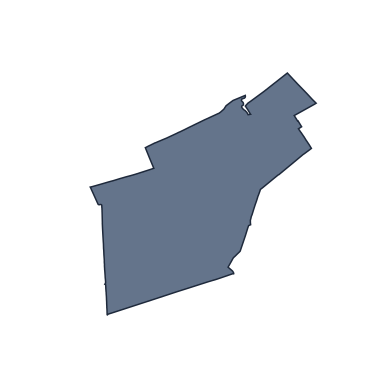 the district of Armasesti, Ialomita, Romania, rotated 200°
{"feature_id": "2599482B46256355361374", "entity_name": "Armasesti", "entity_type": "district", "adm_level": 2, "iso_a3": "ROU", "parent_name": "Romania", "parent_adm1": "Ialomita", "projection": "orthographic", "projection_center": [26.604, 44.779], "detail": "fine", "context": "isolated", "style": "filled", "palette": "slate", "viewbox_px": 384, "rotation_deg": 200, "n_neighbors": 0, "source": "geoboundaries", "source_scale": "gbopen_adm2", "svg_char_len": 3727}
<svg xmlns="http://www.w3.org/2000/svg" viewBox="0 0 384 384"><g transform="rotate(200 192 192)"><path d="M251.0,217.7L250.8,217.5L250.4,217.0L243.1,208.9L242.9,208.7L236.0,201.2L236.3,201.0L238.0,199.6L241.2,197.1L251.4,189.2L255.1,186.5L259.0,183.8L262.4,181.3L264.1,180.1L268.3,176.9L269.9,175.7L270.3,175.4L271.5,174.6L274.3,172.6L276.6,170.9L280.7,167.9L286.8,163.5L287.5,163.0L289.3,161.8L288.7,161.3L286.8,159.3L285.5,158.0L276.1,148.4L275.8,148.2L275.6,148.2L275.4,148.2L275.1,148.2L274.8,148.3L274.6,148.4L274.4,148.5L274.0,148.8L273.6,149.0L273.2,149.1L272.9,149.1L272.6,149.0L272.4,148.8L272.3,148.6L272.1,148.4L272.0,148.1L271.7,147.3L271.4,146.6L271.1,146.1L270.8,145.3L270.6,144.8L270.2,143.9L270.0,143.3L269.5,142.1L266.8,135.2L265.7,132.4L265.6,132.0L263.7,127.4L259.9,118.5L258.3,114.8L257.5,113.0L255.8,108.7L254.9,106.8L253.3,102.9L252.5,101.1L252.1,100.2L251.6,99.1L251.3,98.4L251.1,98.0L250.8,97.1L250.4,96.0L250.0,95.1L249.6,94.3L249.4,93.8L249.0,92.6L248.3,91.0L247.9,90.1L247.6,89.3L247.2,88.5L246.5,87.0L245.8,85.4L245.0,83.6L244.2,81.7L243.6,80.5L242.5,78.1L242.2,77.4L242.2,77.1L242.3,75.7L241.8,76.0L240.9,74.1L240.4,72.9L239.9,71.7L239.0,69.7L238.7,69.0L238.3,68.3L238.1,67.7L237.5,66.3L236.6,64.3L235.9,62.6L235.4,61.3L235.1,60.7L234.4,59.0L234.0,57.9L233.6,57.0L233.2,56.0L232.9,55.4L232.7,54.7L232.1,53.4L231.8,52.7L231.5,52.0L231.1,51.0L230.9,50.5L230.6,49.7L230.3,49.1L230.2,48.7L230.0,48.2L229.8,47.7L229.7,47.6L229.4,47.6L229.2,48.2L229.0,48.5L228.7,48.8L227.4,49.8L226.2,50.7L191.4,77.9L171.7,93.4L163.5,99.7L146.2,113.1L138.4,118.9L125.9,129.0L125.0,129.4L124.9,129.4L124.9,129.7L125.1,130.0L125.4,130.4L126.6,131.4L127.4,131.8L132.4,133.7L131.8,137.2L131.3,140.2L131.0,142.2L130.7,144.0L130.4,144.8L129.4,146.7L128.2,149.3L127.6,150.5L127.0,151.7L126.5,152.9L126.9,169.4L127.3,177.5L127.3,179.8L125.7,181.3L126.6,183.1L127.5,185.5L127.6,187.1L127.9,189.3L127.8,191.2L128.1,196.9L128.2,199.4L128.3,202.1L128.3,205.0L128.4,207.5L128.5,209.4L128.6,210.4L128.5,211.1L128.5,216.2L128.6,217.7L128.6,217.8L128.1,218.6L127.1,220.2L122.2,228.5L119.5,233.1L116.8,237.6L116.3,238.0L103.8,259.4L100.5,265.1L99.4,266.6L94.7,273.8L94.8,273.9L96.2,275.0L96.3,275.1L97.7,276.2L97.8,276.3L101.9,279.3L102.0,279.3L102.5,279.7L105.9,282.4L106.0,282.4L109.7,285.1L109.8,285.1L113.6,287.8L111.3,290.8L116.7,295.1L117.0,294.8L122.1,298.8L110.6,312.1L106.8,316.5L105.7,317.9L109.2,319.5L110.9,320.3L117.5,323.7L130.3,329.9L143.1,336.4L158.9,310.9L168.1,297.1L169.8,294.7L171.3,291.0L167.7,288.4L164.4,285.7L163.5,285.1L165.7,283.8L166.2,284.3L166.7,284.7L167.7,285.6L169.0,286.2L169.8,286.6L171.3,287.0L172.3,287.4L173.2,287.9L173.7,288.2L174.1,288.5L174.3,288.7L174.4,289.1L174.6,289.5L174.5,289.8L174.5,290.0L173.6,291.1L173.6,291.9L173.8,292.5L174.0,292.9L174.5,293.5L174.9,293.8L175.6,294.1L176.0,294.3L176.6,294.6L176.8,294.8L176.9,295.2L177.0,295.6L177.0,296.0L177.0,296.4L176.9,296.5L176.4,296.8L176.0,297.2L175.4,297.7L175.1,297.9L174.8,298.2L174.5,298.8L174.4,299.5L174.5,300.0L174.7,300.5L175.0,301.0L176.2,299.9L184.7,292.1L186.3,289.7L189.5,284.7L189.7,283.7L190.0,282.5L190.2,281.4L190.3,281.0L190.5,280.6L191.0,279.6L191.6,278.5L192.1,277.6L192.4,277.0L192.7,276.5L192.9,276.2L193.2,275.9L193.4,275.5L193.6,275.2L194.0,274.8L194.2,274.7L197.6,271.3L204.7,264.3L211.7,257.1L217.2,251.4L218.8,249.7L220.4,248.0L223.9,244.4L224.9,243.5L225.3,243.1L226.5,241.8L229.1,239.2L230.4,237.9L232.4,235.9L234.4,233.9L236.9,231.6L237.7,230.9L238.5,230.1L240.8,228.0L243.0,225.9L243.6,225.5L244.0,225.0L244.2,224.9L244.6,224.4L245.1,223.9L245.4,223.6L245.7,223.3L246.0,223.0L246.6,222.3L247.4,221.5L248.6,220.3L250.4,218.3L250.7,218.0L251.0,217.7Z" fill="#64748b" stroke="#1e293b" stroke-width="1.5"/></g></svg>